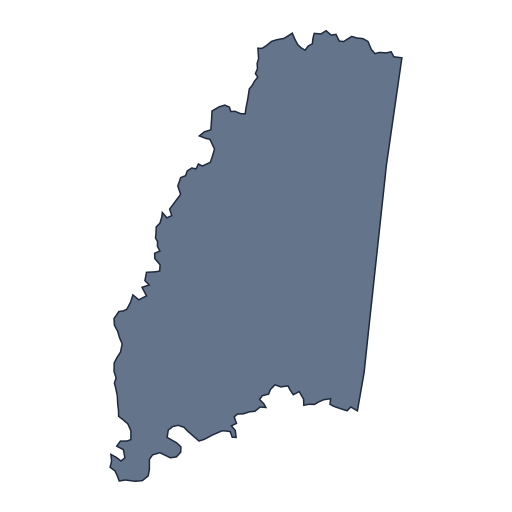 the district of Mariluz, Paraná, Brazil
{"feature_id": "56859067B28050062371574", "entity_name": "Mariluz", "entity_type": "district", "adm_level": 2, "iso_a3": "BRA", "parent_name": "Brazil", "parent_adm1": "Paraná", "projection": "natural_earth1", "projection_center": [-53.245, -24.055], "detail": "fine", "context": "isolated", "style": "filled", "palette": "slate", "viewbox_px": 512, "rotation_deg": 0, "n_neighbors": 0, "source": "geoboundaries", "source_scale": "gbopen_adm2", "svg_char_len": 2467}
<svg xmlns="http://www.w3.org/2000/svg" viewBox="0 0 512 512"><path d="M119.2,481.0L125.3,480.0L135.4,481.3L142.4,480.6L148.2,475.9L149.4,469.2L149.4,459.4L152.5,454.9L159.9,452.7L170.4,457.8L176.4,456.9L180.7,452.2L180.9,446.8L176.6,442.8L167.1,437.4L168.3,430.0L172.9,426.5L178.1,425.3L184.0,427.3L187.5,431.0L199.0,441.0L204.2,439.4L212.4,435.0L222.1,430.8L226.2,431.0L230.3,431.7L232.2,437.2L236.1,437.4L235.3,430.5L231.4,425.8L236.5,423.4L234.2,416.9L237.5,414.0L243.1,413.9L249.5,411.8L254.9,411.3L260.2,407.0L265.9,407.5L263.7,403.6L259.5,399.4L262.4,395.7L268.6,394.1L270.5,389.4L275.0,384.8L280.9,386.9L288.0,385.9L290.1,390.0L293.3,394.7L299.2,391.6L303.6,399.2L303.8,405.3L308.5,404.3L314.6,404.4L318.9,401.8L323.8,399.7L330.6,398.7L330.0,404.3L333.9,406.4L339.4,408.3L347.1,410.8L350.8,407.0L357.4,410.8L364.1,372.6L368.5,331.0L377.6,246.8L385.0,178.3L386.3,165.8L401.9,57.8L393.8,56.8L391.2,51.8L386.1,52.9L379.5,52.4L375.0,53.6L371.3,49.4L368.0,41.5L362.9,38.6L356.7,38.0L351.7,36.4L343.7,41.5L339.3,41.1L336.0,34.4L331.1,35.1L326.1,30.7L321.0,33.9L314.2,33.4L312.8,39.1L312.4,43.7L308.0,46.2L305.1,50.2L301.2,47.9L297.7,44.6L294.9,39.3L292.3,33.1L284.3,38.3L276.9,39.7L271.7,41.3L266.2,45.7L262.0,48.4L257.9,48.2L258.6,58.5L257.1,63.5L257.5,68.7L255.4,73.6L257.8,77.2L254.6,81.0L252.0,85.7L249.3,88.9L247.7,99.4L246.0,107.8L245.2,113.8L240.8,113.7L234.9,111.3L230.8,111.5L229.4,107.1L224.8,105.1L219.2,106.8L212.0,111.0L211.6,119.2L210.8,129.8L204.4,131.8L199.3,135.9L205.8,138.4L209.9,139.3L214.5,149.0L212.4,156.3L210.3,162.3L202.3,166.0L198.4,164.0L196.0,168.9L191.8,168.0L187.3,170.9L185.5,175.7L180.7,177.6L177.8,186.0L180.6,194.4L175.1,201.7L169.6,209.1L171.8,215.6L166.9,217.8L162.3,212.5L161.8,217.0L159.9,223.2L156.2,226.9L156.0,233.3L155.5,238.0L157.6,241.7L157.4,246.3L159.9,251.0L154.6,253.3L154.8,258.6L160.1,264.8L159.7,271.0L155.6,271.8L146.5,272.3L144.9,280.6L149.2,285.0L142.0,287.3L144.2,291.5L146.5,295.9L138.7,299.8L132.9,294.9L130.6,302.1L126.8,309.3L123.3,310.9L118.9,311.5L114.0,318.6L114.4,325.2L117.7,331.4L119.6,337.9L122.2,343.9L120.5,352.1L117.1,357.3L114.2,362.9L114.0,371.4L116.1,378.0L114.4,383.2L115.6,387.6L117.3,395.8L117.7,403.9L118.5,410.5L118.6,416.3L122.6,419.4L127.8,423.8L130.9,430.8L130.9,439.6L127.1,441.0L120.4,441.1L116.7,446.2L123.4,449.7L124.9,457.8L121.0,461.0L116.3,457.4L110.9,454.4L111.6,461.0L110.1,467.3L115.0,470.9L117.3,475.8L119.2,481.0Z" fill="#64748b" stroke="#1e293b" stroke-width="1.5"/></svg>